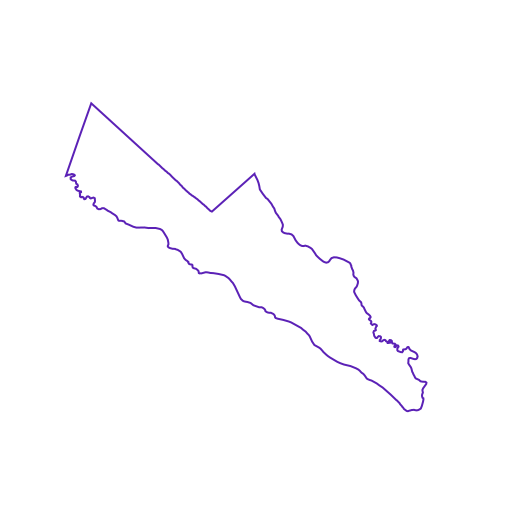 outline of Maxixe, Inhambane, Mozambique, rotated 116°
{"feature_id": "85939544B37735984540105", "entity_name": "Maxixe", "entity_type": "district", "adm_level": 2, "iso_a3": "MOZ", "parent_name": "Mozambique", "parent_adm1": "Inhambane", "projection": "robinson", "projection_center": [35.32, -23.871], "detail": "fine", "context": "isolated", "style": "outline", "palette": "violet", "viewbox_px": 512, "rotation_deg": 116, "n_neighbors": 0, "source": "geoboundaries", "source_scale": "gbopen_adm2", "svg_char_len": 6043}
<svg xmlns="http://www.w3.org/2000/svg" viewBox="0 0 512 512"><g transform="rotate(116 256 256)"><path d="M191.0,471.0L225.2,467.1L267.4,462.0L266.8,461.4L265.1,460.2L264.9,459.6L264.2,458.5L263.3,457.9L263.0,457.3L262.7,456.4L262.6,455.3L262.6,454.7L263.0,454.2L263.8,454.4L265.4,456.3L266.7,457.0L268.1,456.3L268.2,455.7L268.4,455.5L268.5,453.9L267.6,451.7L268.1,450.5L269.3,449.7L269.9,449.1L269.9,448.0L270.7,447.0L271.7,446.7L272.4,446.9L272.6,447.2L272.7,448.0L273.1,448.4L273.9,448.3L274.5,447.7L275.3,446.3L275.4,445.7L275.4,444.5L274.7,441.6L275.4,441.2L276.5,442.1L277.2,441.7L278.0,441.0L278.9,440.7L279.7,440.3L279.9,438.9L279.1,438.4L278.9,437.1L279.2,436.3L279.9,436.0L280.2,435.2L279.5,434.3L276.7,434.0L276.0,433.1L276.1,431.4L276.7,430.7L276.7,429.7L275.7,428.8L274.7,427.6L274.8,426.2L277.2,424.8L278.3,424.5L279.8,424.9L281.3,424.6L281.7,423.7L281.5,422.2L281.9,420.7L282.9,419.5L282.9,417.9L282.0,416.3L280.5,415.3L279.7,413.7L280.1,409.8L280.3,409.4L280.3,405.8L280.6,404.4L281.0,400.7L281.5,398.8L282.5,397.4L283.9,395.9L284.4,395.2L284.4,394.5L283.5,392.8L283.1,391.6L283.1,391.0L282.7,390.0L283.3,388.4L283.9,387.5L283.6,384.2L283.5,379.1L282.9,375.9L282.0,374.1L279.3,368.8L278.0,364.9L274.8,358.4L273.8,354.1L273.9,352.1L274.4,350.7L275.4,349.0L278.4,344.3L279.9,342.5L282.6,340.5L283.9,339.8L285.2,339.8L286.2,339.4L286.6,338.3L286.6,336.8L286.1,334.2L285.1,331.9L285.1,330.6L284.8,329.2L285.1,326.1L285.4,325.1L286.7,323.1L287.7,321.9L289.6,319.5L290.4,317.4L290.6,315.7L291.0,314.2L291.7,314.0L292.0,313.2L292.4,312.8L292.5,312.5L292.3,311.2L291.8,309.9L292.1,309.1L293.2,308.6L294.1,307.8L294.3,306.9L293.8,304.3L294.2,302.4L294.8,301.0L296.4,299.9L296.4,299.1L296.0,298.5L295.6,297.5L292.7,294.2L292.1,292.8L291.6,291.1L291.3,289.7L290.1,286.8L288.6,281.9L287.3,276.4L287.3,275.0L287.9,271.0L288.7,268.9L289.6,267.0L290.4,264.9L292.6,261.6L300.2,252.2L301.3,250.6L301.6,249.4L302.0,248.4L302.0,246.9L301.6,245.2L301.1,243.6L300.6,240.3L301.4,236.8L301.2,234.8L300.7,230.7L299.6,228.4L299.6,226.7L300.0,225.0L300.6,224.0L301.4,223.4L301.7,222.0L301.6,220.5L301.1,218.9L300.5,217.8L300.5,215.0L300.9,213.8L301.7,212.7L302.8,211.9L303.1,211.2L302.9,209.2L301.5,203.5L300.5,197.8L300.3,195.2L300.5,191.4L300.9,183.9L301.6,181.5L302.2,178.2L303.3,175.7L303.8,174.1L304.6,172.6L308.3,168.1L310.4,164.5L310.7,159.0L311.0,157.4L312.1,154.7L312.7,153.5L313.9,149.6L314.4,147.6L314.8,145.0L315.5,136.5L315.4,133.3L315.0,129.4L313.5,122.8L313.1,116.9L313.2,114.2L313.7,112.2L314.0,111.6L314.6,110.0L314.9,107.9L315.7,106.0L317.6,102.7L317.7,101.4L317.6,99.5L317.3,97.5L317.6,91.6L318.2,88.5L318.7,84.5L321.6,74.0L324.0,66.7L324.0,66.2L325.4,62.3L326.0,61.5L327.0,59.0L327.5,58.3L327.7,57.4L328.6,56.0L329.2,52.8L329.1,51.9L328.7,51.2L327.7,50.3L327.2,49.6L326.3,48.7L325.0,46.6L324.8,45.4L324.4,44.1L323.6,42.9L322.5,42.0L320.9,41.0L318.1,41.2L313.8,42.0L311.6,42.6L310.5,43.2L310.5,44.1L309.6,45.0L308.7,45.6L307.5,46.0L305.7,46.1L303.5,47.7L301.7,47.8L296.4,46.9L295.1,47.3L294.8,48.5L296.0,51.3L296.5,53.2L295.9,55.2L296.0,58.8L295.3,60.1L294.9,60.4L293.3,62.7L292.5,63.5L291.6,64.8L288.9,67.1L288.0,68.2L286.5,70.9L285.6,72.2L283.9,72.8L282.5,73.5L281.5,73.7L280.7,73.6L279.9,72.5L279.5,69.5L279.1,67.9L278.5,67.0L277.9,66.6L276.8,66.4L276.6,66.6L275.4,66.7L274.2,67.8L273.8,68.3L273.2,69.5L272.9,71.2L273.0,75.3L272.4,77.1L271.0,78.9L271.0,79.2L271.5,79.9L273.6,80.3L274.7,81.2L274.9,81.9L275.6,82.7L276.4,82.6L277.0,82.2L278.4,82.4L278.9,83.7L279.1,85.5L279.2,86.8L278.7,87.7L277.2,88.4L275.7,88.3L275.1,88.1L274.5,88.6L274.2,89.3L274.7,90.4L276.7,90.7L277.0,91.2L276.9,91.9L276.0,92.1L275.2,91.8L274.3,91.9L274.0,92.8L274.8,95.0L274.3,95.7L272.8,96.7L272.5,97.8L272.9,99.0L273.5,99.2L274.2,99.2L274.7,97.6L275.1,97.4L275.6,98.1L275.8,98.9L276.2,99.0L276.5,99.6L275.6,100.5L275.6,101.8L274.9,102.8L275.1,103.9L276.1,104.8L277.2,105.1L277.9,105.9L278.1,106.8L278.2,107.5L277.3,107.9L276.5,107.6L275.5,107.6L274.1,108.1L273.7,109.0L274.2,110.6L275.4,111.1L276.6,111.3L277.1,112.1L277.1,112.7L276.1,114.5L275.6,115.0L274.2,116.0L273.4,116.9L272.6,117.1L271.6,117.1L270.6,116.0L270.0,115.8L269.4,116.5L268.8,116.9L266.7,117.0L265.8,116.7L265.3,117.2L265.1,118.6L265.4,119.9L266.2,120.7L266.9,121.0L266.9,121.7L266.3,123.2L265.0,123.3L264.4,123.6L264.0,124.2L263.6,126.3L263.3,126.8L262.6,126.9L262.1,126.6L261.6,126.2L260.6,126.2L259.8,127.2L259.2,129.0L259.0,130.1L258.8,131.4L258.1,132.7L256.0,135.4L255.1,136.4L254.6,137.5L254.2,139.1L253.7,139.7L252.5,140.4L251.5,141.3L250.7,143.9L249.6,145.8L247.6,149.0L246.1,151.0L245.2,152.1L243.6,152.7L241.9,152.8L239.9,152.2L238.6,152.1L235.9,152.5L234.3,153.1L233.5,153.8L232.0,155.9L231.7,158.2L231.0,159.5L230.0,160.4L228.2,161.1L226.5,162.5L226.1,163.1L225.6,163.8L224.7,164.7L223.9,165.6L222.7,166.3L222.3,167.1L221.5,167.8L221.1,168.6L221.0,169.5L220.8,175.7L221.3,179.8L221.9,182.8L223.0,185.4L224.8,187.2L226.8,187.7L228.6,187.9L230.0,188.5L231.2,189.9L231.5,192.0L231.4,193.6L230.5,197.6L229.7,200.2L229.0,202.2L227.7,204.2L225.2,208.7L224.8,210.5L224.7,212.7L224.6,213.4L225.1,216.3L226.1,217.4L226.8,219.0L226.9,221.0L226.5,222.9L225.9,224.6L224.5,227.3L221.7,231.1L221.0,233.5L221.5,236.3L222.2,237.6L222.9,240.4L222.9,241.9L222.4,243.6L221.1,244.5L218.0,244.8L216.2,245.5L215.1,246.6L213.1,249.0L212.0,250.5L211.0,252.6L210.1,253.8L208.5,257.1L207.0,258.8L205.3,260.4L204.2,262.4L202.3,265.1L199.7,270.6L199.5,272.4L197.0,277.4L194.5,281.7L191.7,283.7L189.4,285.6L187.0,288.1L183.2,293.1L182.8,293.4L235.4,315.1L235.4,315.8L235.5,316.8L234.7,319.2L234.4,320.5L233.5,322.6L233.5,323.3L232.7,325.6L232.7,326.4L231.3,331.0L231.3,331.8L231.0,332.5L230.7,333.4L230.3,336.0L230.0,336.8L230.0,337.6L229.7,339.1L229.7,340.2L229.2,342.0L229.2,343.0L228.5,344.6L228.5,345.3L228.0,346.7L227.9,347.4L226.9,350.2L226.6,351.7L225.7,353.3L225.0,355.8L224.4,356.8L223.2,360.4L223.2,361.2L221.6,366.2L220.6,368.7L220.1,370.5L220.1,371.4L219.3,373.6L219.3,374.5L218.3,377.6L218.2,378.5L216.5,383.5L216.5,384.3L191.0,471.0Z" fill="none" stroke="#5b21b6" stroke-width="2"/></g></svg>